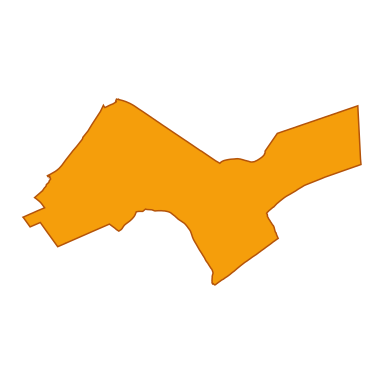 outline of Diemen, Noord-Holland, Netherlands
{"feature_id": "6326949B31079897562518", "entity_name": "Diemen", "entity_type": "district", "adm_level": 2, "iso_a3": "NLD", "parent_name": "Netherlands", "parent_adm1": "Noord-Holland", "projection": "robinson", "projection_center": [4.985, 52.335], "detail": "fine", "context": "isolated", "style": "filled", "palette": "amber", "viewbox_px": 384, "rotation_deg": 0, "n_neighbors": 0, "source": "geoboundaries", "source_scale": "gbopen_adm2", "svg_char_len": 5600}
<svg xmlns="http://www.w3.org/2000/svg" viewBox="0 0 384 384"><path d="M278.2,238.4L278.0,238.0L276.5,234.6L276.5,234.4L276.4,234.2L276.3,233.7L276.2,233.2L276.0,232.8L275.9,232.7L275.6,232.4L275.3,231.8L275.1,231.3L274.8,230.2L274.1,227.4L273.7,226.4L273.3,225.6L272.6,224.9L272.0,224.0L271.3,222.8L270.9,222.3L270.3,221.4L270.1,220.9L268.9,219.2L268.6,218.7L268.5,218.3L268.2,217.9L268.1,217.6L267.7,216.9L267.4,216.3L267.3,216.0L267.3,215.8L267.4,215.6L267.5,215.3L267.3,214.7L267.3,214.4L267.1,214.1L266.7,213.6L266.6,213.3L267.5,212.1L268.0,211.7L268.3,211.5L268.5,211.3L269.0,210.6L270.2,209.7L273.0,207.3L273.3,207.2L273.6,207.1L276.9,203.6L277.9,202.8L278.1,202.6L278.3,202.5L279.4,201.5L282.8,198.8L284.5,197.5L286.3,196.3L288.4,195.1L289.9,194.3L293.6,192.1L295.5,191.0L298.3,189.1L300.5,187.8L302.2,186.8L303.9,185.7L304.3,185.5L304.6,185.4L305.4,185.0L321.5,178.6L324.8,177.2L361.0,164.5L360.5,158.9L357.8,105.8L277.3,133.4L265.1,151.1L265.1,152.6L264.9,153.2L264.6,153.7L264.7,153.8L264.5,154.2L264.3,154.5L264.1,154.9L263.8,155.3L263.5,155.6L263.1,156.0L262.8,156.4L262.2,156.9L261.7,157.3L261.3,157.6L260.5,158.2L259.2,159.1L258.7,159.4L257.9,159.9L257.1,160.4L256.2,160.8L255.5,161.1L255.2,161.3L254.8,161.5L254.1,161.7L253.6,161.8L252.7,161.9L252.3,162.0L251.8,162.0L251.3,162.0L250.9,162.0L250.5,161.9L250.1,161.8L249.8,161.7L248.9,161.4L248.2,161.2L247.4,161.0L246.3,160.7L245.3,160.5L243.4,159.9L242.0,159.5L241.1,159.3L240.6,159.1L239.7,159.0L238.7,158.8L238.3,158.8L237.7,158.8L237.4,158.7L237.0,158.7L236.4,158.8L235.8,158.8L235.2,158.9L231.1,159.2L230.1,159.3L229.5,159.4L228.1,159.6L227.2,159.8L226.2,160.0L225.0,160.3L224.6,160.4L223.9,160.6L223.2,160.9L222.5,161.2L222.1,161.4L221.8,161.6L221.3,161.9L220.8,162.3L220.6,162.5L219.8,163.3L218.9,162.7L216.1,161.1L215.3,160.6L205.9,154.2L202.4,151.8L201.7,151.3L201.3,151.1L201.0,150.9L200.6,150.8L200.3,150.6L193.0,145.6L162.1,124.8L142.5,111.4L138.8,109.0L137.1,107.8L134.6,106.1L133.5,105.4L132.3,104.7L131.4,104.2L129.9,103.4L129.0,103.0L127.6,102.4L126.5,101.9L125.5,101.5L123.1,100.7L121.7,100.3L119.3,99.7L118.7,99.3L118.6,99.6L116.5,99.1L115.7,101.1L116.2,101.4L116.3,101.7L115.8,102.1L115.2,102.5L114.9,102.7L114.2,103.1L113.5,103.6L112.0,104.3L111.2,104.5L110.7,104.8L110.0,105.1L108.9,105.6L107.0,106.6L106.1,107.0L105.8,107.1L105.3,107.3L105.0,107.4L104.9,107.5L104.2,106.7L103.4,105.3L100.4,111.5L92.0,124.4L87.9,131.1L82.9,137.3L82.7,138.3L82.1,139.5L76.5,146.6L72.8,150.9L71.2,153.0L65.8,159.9L61.8,165.4L59.0,168.5L56.7,170.4L55.0,171.6L50.4,174.2L47.4,175.7L47.9,176.6L48.1,176.6L48.9,176.3L49.6,176.1L50.0,177.4L49.9,177.5L50.0,177.5L50.2,177.9L50.5,178.7L50.6,179.1L50.4,179.3L50.2,179.6L49.6,180.4L49.4,180.7L49.2,181.0L49.2,181.4L49.1,181.6L49.1,181.8L48.8,182.1L48.7,182.2L48.5,182.7L48.4,182.8L48.2,183.0L47.4,183.6L47.1,183.9L46.9,184.1L46.7,184.4L46.5,184.6L46.4,184.7L46.3,184.8L46.2,185.6L46.1,185.9L45.9,186.2L45.7,186.5L45.5,186.8L45.2,187.2L44.8,187.5L44.7,187.6L44.3,188.1L43.9,188.6L43.8,188.9L43.2,189.6L42.7,190.5L42.6,190.8L42.4,191.0L41.5,191.4L41.4,191.5L41.3,191.8L34.6,197.6L36.7,199.1L37.0,199.4L38.5,200.6L40.0,201.9L41.3,203.3L42.5,204.9L44.6,207.8L40.1,209.7L37.7,210.7L32.6,213.0L30.0,214.1L27.1,215.4L24.2,216.7L23.5,217.0L23.0,217.2L23.7,218.0L30.1,226.9L40.3,222.5L47.8,233.0L51.0,237.4L57.7,246.7L60.3,245.6L61.4,245.1L65.8,243.2L65.7,243.1L65.9,243.0L66.4,242.9L71.4,240.7L74.6,239.3L86.7,234.0L91.9,231.7L97.2,229.4L109.4,224.1L114.0,227.5L115.2,228.4L115.7,228.9L116.5,229.6L118.8,231.1L119.3,230.8L120.5,230.0L120.8,229.8L121.3,229.5L121.5,229.2L122.0,228.7L122.4,228.1L122.6,227.7L124.2,225.4L125.4,224.3L129.8,221.0L131.9,219.1L133.6,217.2L134.7,215.6L135.3,214.3L136.3,211.8L137.5,211.6L138.6,211.4L139.9,211.4L142.7,211.4L145.5,209.1L146.9,209.5L151.9,209.8L154.4,210.8L155.0,210.9L155.6,210.9L156.6,210.8L158.4,210.7L159.8,210.7L161.4,210.7L163.4,210.9L164.3,210.9L165.4,211.1L166.4,211.3L168.2,211.7L169.3,212.1L169.8,212.3L170.4,212.6L171.1,213.1L171.7,213.6L173.6,215.1L174.8,216.0L176.4,217.5L177.1,218.1L178.0,219.0L179.0,219.7L180.2,220.5L180.4,220.6L182.6,222.1L184.1,223.1L184.6,223.6L185.6,224.5L186.0,225.1L187.2,226.5L188.6,228.5L189.4,229.5L190.0,230.4L190.5,231.3L190.7,231.9L191.1,232.8L191.4,233.8L191.9,235.2L192.6,237.4L193.0,238.3L193.5,239.5L194.5,241.3L194.7,241.7L194.9,242.0L196.4,244.5L199.4,249.8L202.0,253.8L202.1,254.0L202.3,254.4L202.5,254.7L203.2,255.8L204.2,257.4L204.5,257.8L204.8,258.5L205.6,260.1L206.0,260.8L206.4,261.4L206.8,261.9L207.2,262.5L207.7,263.1L208.0,263.5L208.3,264.1L208.5,264.5L209.0,265.2L210.9,268.2L211.8,269.3L212.1,269.9L212.3,270.5L212.6,271.3L212.8,272.0L213.0,272.6L213.0,273.0L213.0,273.4L212.9,273.7L212.6,274.6L212.5,275.0L212.3,275.8L212.2,276.4L212.2,277.0L212.2,277.7L212.1,278.5L212.1,279.2L212.0,280.1L212.0,281.1L212.1,281.3L212.1,281.5L212.1,282.0L212.0,282.7L212.0,282.8L212.2,283.1L212.4,283.5L212.7,284.0L213.3,283.7L213.4,283.9L213.7,284.2L214.7,284.9L215.5,284.7L216.4,283.9L217.2,283.3L217.5,283.2L217.7,282.9L218.3,282.5L219.4,281.7L220.3,281.1L220.9,280.6L221.8,280.0L222.7,279.5L223.5,279.1L224.0,278.7L225.5,277.6L226.9,276.7L227.4,276.4L229.8,274.6L231.7,273.0L232.7,272.2L234.1,271.2L237.3,268.4L239.5,266.6L240.2,266.0L242.1,264.5L242.9,263.9L244.8,262.4L245.7,261.8L246.7,261.2L249.0,259.5L249.9,258.9L250.7,258.3L251.5,257.7L252.6,256.9L254.6,255.6L255.0,255.3L256.0,254.7L258.0,253.2L259.0,252.4L259.9,251.8L261.3,250.7L264.7,248.3L265.4,247.7L266.9,246.6L269.7,244.6L271.3,243.4L273.3,241.8L274.5,241.0L277.0,239.2L278.2,238.4Z" fill="#f59e0b" stroke="#b45309" stroke-width="1.5"/></svg>